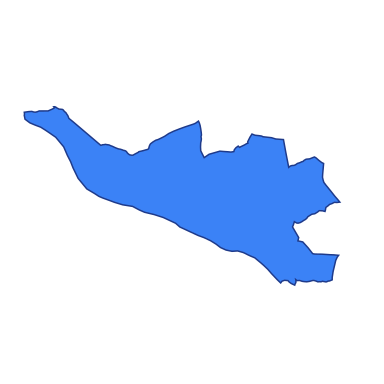 Orsu, Imo, Nigeria (Albers equal-area conic projection), rotated 253°
{"feature_id": "59680162B44850901768514", "entity_name": "Orsu", "entity_type": "district", "adm_level": 2, "iso_a3": "NGA", "parent_name": "Nigeria", "parent_adm1": "Imo", "projection": "albers", "projection_center": [6.989, 5.858], "detail": "fine", "context": "isolated", "style": "filled", "palette": "blue", "viewbox_px": 384, "rotation_deg": 253, "n_neighbors": 0, "source": "geoboundaries", "source_scale": "gbopen_adm2", "svg_char_len": 3456}
<svg xmlns="http://www.w3.org/2000/svg" viewBox="0 0 384 384"><g transform="rotate(253 192 192)"><path d="M206.0,113.3L204.9,114.7L200.0,122.0L195.6,131.0L190.2,136.4L186.5,140.7L181.5,149.2L176.0,157.1L166.9,167.2L162.0,170.2L160.7,171.7L154.5,178.6L148.6,185.2L144.9,190.1L140.0,195.5L135.2,199.7L131.0,202.7L130.6,203.0L130.3,203.3L126.6,207.5L125.8,208.9L123.6,212.9L122.3,218.4L119.2,223.2L117.9,224.7L115.5,227.2L113.7,229.2L110.7,232.8L105.2,236.4L104.3,237.0L100.4,239.4L99.8,239.7L96.1,241.8L90.7,244.2L83.4,247.8L79.1,250.2L80.4,252.0L80.5,254.7L79.2,257.9L77.7,258.5L75.5,260.1L73.8,262.0L72.9,263.0L73.9,263.7L75.0,264.8L76.9,265.5L77.9,265.6L76.6,266.5L75.9,269.1L74.4,271.2L73.5,273.1L72.6,275.4L72.2,278.0L72.1,281.4L71.8,282.7L70.6,284.5L69.3,286.1L68.8,288.3L68.4,289.0L68.5,290.6L66.8,293.9L66.8,295.1L67.0,296.2L66.7,297.5L67.0,300.4L69.3,301.1L74.7,303.7L81.2,307.5L84.5,309.4L87.2,311.8L88.6,313.7L90.4,309.3L91.7,305.6L94.5,298.2L96.4,292.3L97.2,290.3L97.9,289.3L104.7,286.7L111.9,283.3L114.3,279.0L117.2,280.7L129.2,277.9L131.0,279.4L133.7,281.2L132.9,281.9L131.7,283.1L131.2,284.3L131.1,286.4L131.5,288.4L132.2,290.7L132.6,292.6L133.7,294.7L134.5,295.5L135.7,300.1L135.3,303.1L136.2,306.5L136.7,307.5L136.9,308.4L135.8,311.4L134.5,313.5L135.7,314.3L138.1,315.5L139.0,318.0L139.9,320.0L140.0,322.6L140.5,325.1L139.6,327.5L139.1,330.4L142.3,329.1L146.3,327.3L152.5,324.9L159.1,322.2L162.6,320.9L165.2,320.9L167.9,321.1L170.4,322.0L180.8,326.2L182.2,324.7L185.1,322.6L188.5,320.5L189.7,319.3L189.3,314.2L189.6,312.7L190.0,310.7L189.5,308.5L188.8,307.2L188.8,305.6L188.5,303.6L188.5,301.1L187.8,299.1L187.6,297.4L188.1,295.3L188.1,293.8L187.3,291.7L188.1,291.8L190.2,292.0L202.6,293.3L215.4,294.8L218.2,287.6L220.7,283.9L224.1,276.0L225.1,275.0L226.1,273.0L227.9,268.8L229.9,266.3L227.5,263.5L225.3,261.4L223.8,260.0L222.3,259.7L222.3,258.4L221.7,256.1L221.2,252.7L220.8,250.5L222.4,249.6L221.5,247.0L220.1,244.9L218.4,243.8L218.8,240.9L220.0,238.0L221.4,234.3L222.9,230.6L223.1,219.4L221.3,213.7L225.8,212.9L228.9,212.4L232.5,213.3L236.5,214.7L237.9,215.5L240.0,216.5L242.3,216.8L243.7,217.7L246.0,218.2L249.8,218.8L253.2,219.2L255.8,219.2L257.9,218.9L256.7,215.3L256.5,213.1L256.3,204.5L256.0,198.6L255.5,192.1L254.7,186.8L253.3,182.2L252.8,179.5L252.1,174.9L252.1,172.5L251.3,169.3L250.2,166.4L249.0,165.1L247.3,163.9L246.5,163.5L245.9,162.8L245.7,161.7L245.8,160.0L245.8,158.5L245.9,155.8L246.1,153.0L245.7,152.3L245.2,149.7L245.0,148.6L244.5,146.4L244.7,145.3L245.7,143.4L246.8,142.4L248.3,141.6L249.0,141.4L249.9,141.1L250.8,140.4L251.4,139.6L251.9,138.6L252.9,137.4L253.9,135.9L254.7,134.3L256.0,132.6L256.9,131.5L258.9,129.3L260.1,127.7L261.2,126.5L261.6,125.7L262.4,124.0L262.9,123.1L263.0,121.7L263.3,120.7L263.3,118.4L293.3,99.2L298.4,95.8L299.9,95.7L301.2,95.6L302.0,95.4L302.7,95.1L304.1,94.8L304.9,94.5L306.4,93.5L308.0,92.9L308.3,92.7L308.8,92.3L309.1,91.7L309.6,90.5L310.0,89.5L310.3,88.9L311.2,88.1L311.6,87.6L312.7,86.8L313.7,85.7L313.9,84.8L312.8,85.3L312.2,83.0L311.6,78.1L314.0,70.1L314.2,69.6L314.0,67.6L314.1,65.6L314.7,64.1L315.9,62.4L316.6,59.5L317.3,54.9L315.5,54.6L314.4,54.0L310.4,53.6L305.5,57.2L301.9,61.5L298.2,66.3L296.2,68.0L294.0,69.9L290.3,72.9L285.6,76.6L284.2,77.7L279.9,79.5L272.7,82.5L263.8,83.5L263.1,83.6L256.4,84.8L249.8,85.3L238.3,87.1L225.7,92.3L220.1,97.4L218.9,98.5L215.3,101.5L214.7,102.1L212.2,105.1L208.6,109.9L206.0,113.3Z" fill="#3b82f6" stroke="#1e3a8a" stroke-width="1.5"/></g></svg>